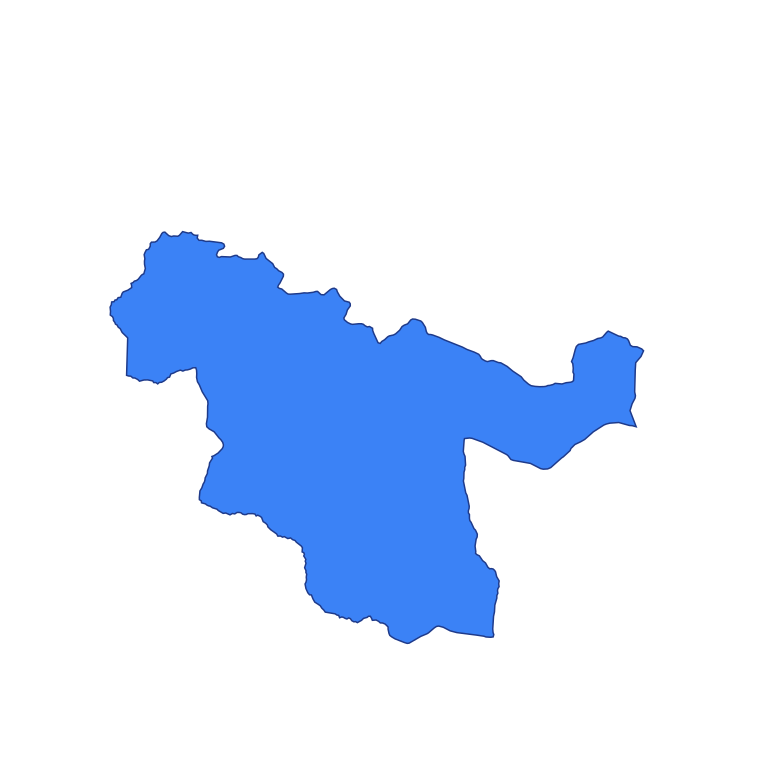 outline of Matungu, Western, Kenya, rotated 228°
{"feature_id": "3690345B16104785008484", "entity_name": "Matungu", "entity_type": "district", "adm_level": 2, "iso_a3": "KEN", "parent_name": "Kenya", "parent_adm1": "Western", "projection": "orthographic", "projection_center": [34.459, 0.384], "detail": "fine", "context": "isolated", "style": "filled", "palette": "blue", "viewbox_px": 768, "rotation_deg": 228, "n_neighbors": 0, "source": "geoboundaries", "source_scale": "gbopen_adm2", "svg_char_len": 6171}
<svg xmlns="http://www.w3.org/2000/svg" viewBox="0 0 768 768"><g transform="rotate(228 384 384)"><path d="M224.5,204.5L223.4,209.1L223.5,212.0L221.8,215.4L221.8,217.0L220.6,218.4L218.6,218.1L216.2,217.2L213.9,220.2L211.2,221.2L208.9,221.4L207.4,223.0L204.9,224.2L202.3,224.4L200.6,224.4L199.1,223.0L195.3,220.8L193.3,220.1L191.0,220.5L187.1,221.7L178.0,226.3L175.7,227.7L174.6,229.3L171.8,242.6L169.6,248.9L169.3,250.5L169.1,258.4L168.7,260.8L167.5,262.7L163.5,265.3L156.3,268.0L150.5,271.8L135.3,284.9L129.7,289.5L127.8,290.5L124.4,293.8L123.0,295.9L124.3,297.9L126.4,298.8L129.2,300.9L138.1,310.0L140.7,313.6L145.5,318.4L149.4,324.6L151.3,326.3L152.3,328.6L154.4,330.0L155.7,331.6L156.4,333.9L158.8,335.6L160.6,337.8L165.4,338.8L169.8,341.2L171.5,341.5L173.5,341.3L174.9,340.3L176.0,338.9L178.3,338.6L183.1,339.7L186.8,339.1L192.5,339.9L194.9,338.9L196.8,338.7L198.2,340.2L202.6,343.2L207.0,348.6L208.0,350.9L210.0,352.9L214.2,354.2L216.3,354.1L223.0,356.2L225.1,356.4L227.0,357.6L229.9,360.2L231.6,360.4L233.3,361.8L234.6,364.0L236.2,365.6L245.7,371.2L248.4,371.9L258.8,378.1L260.4,380.1L265.0,384.5L266.3,386.7L268.1,388.3L269.1,390.3L276.0,395.8L278.5,396.6L280.8,397.8L288.5,405.8L289.6,407.3L286.6,411.5L284.7,413.1L274.6,418.5L249.6,427.9L247.9,428.2L243.0,427.8L240.7,429.0L227.0,439.7L216.3,443.8L214.2,445.3L212.9,446.9L211.4,448.8L210.3,452.0L210.2,466.6L209.9,468.5L210.0,477.8L211.0,479.7L211.3,485.4L209.5,491.4L208.5,496.1L208.4,507.6L206.4,519.9L205.5,522.4L203.8,525.6L198.3,532.7L189.0,538.6L186.9,540.6L183.5,542.8L199.6,549.0L203.3,555.2L205.4,560.9L207.0,563.0L210.4,565.0L226.3,580.1L231.4,585.3L232.5,593.4L235.0,599.1L237.6,599.0L242.3,596.9L245.4,593.8L247.9,593.0L252.7,594.8L254.7,595.0L256.8,594.2L258.4,592.7L261.0,591.8L262.5,590.5L273.3,586.0L273.4,584.1L272.6,577.9L273.3,575.7L274.8,573.3L276.1,568.9L278.4,564.2L279.4,561.5L283.3,555.0L283.2,552.1L281.7,549.3L277.0,542.1L275.2,538.4L272.8,537.9L269.1,535.2L266.4,532.4L264.2,531.7L259.7,527.1L259.8,525.3L260.5,523.8L263.1,520.2L264.9,516.3L270.0,511.6L270.5,509.3L272.1,506.2L273.2,504.8L273.9,502.8L275.0,501.2L277.8,497.9L281.1,494.7L284.3,492.2L287.1,491.3L293.3,490.5L297.6,490.8L307.5,488.3L314.6,487.3L321.5,485.0L323.5,483.3L328.2,480.9L329.7,479.2L331.4,475.9L333.1,474.8L336.6,473.6L338.4,473.6L340.0,474.1L342.7,474.3L347.3,472.4L354.1,468.8L358.9,467.0L376.3,458.4L381.7,456.2L387.8,453.0L389.4,451.9L391.1,450.2L393.2,450.1L394.9,450.7L398.5,452.7L404.1,453.7L406.2,453.5L411.1,450.7L413.2,448.7L413.7,446.7L412.9,441.8L414.2,438.4L414.6,435.9L413.5,431.7L413.5,426.2L414.1,423.8L416.2,420.1L416.6,418.3L416.5,414.1L417.1,410.8L416.7,408.3L418.7,407.2L428.3,410.2L431.3,411.4L433.1,412.8L436.4,411.7L437.6,409.8L440.0,408.9L442.2,408.6L443.7,407.7L445.5,405.8L449.4,400.5L450.9,399.4L454.1,398.1L458.2,397.5L459.9,398.3L461.2,402.5L463.5,406.3L464.6,411.2L466.2,412.6L468.0,412.9L472.2,410.2L478.8,409.9L483.7,411.0L486.0,412.0L488.5,411.1L489.5,409.5L490.1,407.4L490.4,399.1L492.6,397.0L497.2,396.6L498.3,395.4L499.5,392.8L502.8,388.0L505.2,385.6L507.7,381.8L513.5,374.4L514.9,373.0L516.7,372.4L523.0,371.6L525.1,370.2L527.1,369.8L528.2,372.0L528.6,374.1L531.4,381.3L532.9,382.8L535.2,382.8L538.7,381.5L541.5,381.4L543.8,380.7L547.8,381.8L556.2,380.4L561.5,382.0L563.3,381.6L563.7,377.5L562.3,375.3L562.1,373.4L563.3,371.6L570.0,364.1L571.6,362.9L573.8,362.2L576.1,360.9L577.9,360.8L579.2,359.4L581.2,354.8L587.5,348.4L588.2,346.4L590.0,345.3L592.1,346.0L593.5,348.7L594.0,350.7L592.3,355.4L593.0,357.7L595.1,358.6L597.6,357.8L606.9,349.8L609.2,347.0L612.7,344.8L614.5,342.7L617.4,342.8L619.2,345.1L620.2,343.8L621.7,342.6L623.2,342.1L625.7,342.0L627.1,339.5L632.0,336.3L631.4,331.4L631.8,329.6L634.7,326.8L635.9,324.6L638.3,323.3L643.5,322.8L644.5,321.3L644.5,319.6L643.0,315.4L642.2,311.0L642.8,308.7L645.0,306.1L644.7,304.2L642.8,302.5L641.6,299.2L642.7,297.2L641.7,294.5L640.6,292.3L637.1,290.1L635.7,288.3L633.3,286.2L629.5,283.9L626.6,279.2L627.1,277.6L627.1,276.0L626.3,271.6L626.5,269.3L627.5,267.3L627.3,265.5L628.0,263.3L626.3,262.5L624.5,261.0L625.1,256.5L626.9,251.8L626.6,250.1L624.6,246.4L626.1,244.2L625.4,241.7L626.4,240.3L625.8,238.5L627.2,236.5L625.3,234.3L624.4,231.9L620.9,229.3L618.4,226.7L615.7,227.3L613.7,226.7L612.2,225.4L609.9,225.2L608.2,224.5L606.5,225.1L604.0,224.5L601.7,225.0L597.5,223.9L589.8,224.4L562.7,198.5L560.9,199.5L559.2,201.1L556.6,201.4L555.1,202.9L552.1,204.0L549.7,204.2L547.6,208.3L545.1,211.2L541.0,214.2L539.2,213.8L537.6,215.5L535.5,215.9L535.5,218.1L534.1,219.9L533.4,222.7L533.2,225.5L533.6,227.4L532.6,229.2L534.1,232.4L532.9,235.0L532.1,238.3L530.6,241.9L528.2,243.2L527.3,245.7L526.0,247.4L524.7,250.0L523.9,252.8L522.1,255.0L519.8,254.0L516.9,251.7L514.3,249.1L510.5,246.9L507.0,246.2L499.8,243.7L489.5,241.8L487.0,239.9L485.6,238.2L477.4,230.6L473.3,225.4L470.8,223.7L467.6,224.0L462.1,225.8L454.3,225.3L451.9,225.5L448.6,225.1L446.3,224.0L445.1,222.7L444.2,220.6L443.7,214.5L444.5,209.6L445.3,207.6L443.7,207.0L442.1,201.6L440.1,199.3L437.5,194.7L435.7,192.9L433.9,188.3L432.4,186.6L431.3,184.8L430.7,182.7L428.7,179.1L427.7,175.7L423.4,171.0L421.6,169.4L419.4,170.0L417.8,168.9L414.4,171.1L412.5,171.4L411.0,172.0L409.4,173.1L406.8,173.7L402.8,176.1L400.8,176.2L395.5,177.9L394.0,180.1L389.8,182.0L389.2,184.7L387.3,186.2L386.9,188.8L385.6,190.3L384.1,191.5L381.8,191.9L380.2,193.0L379.2,194.3L378.7,196.1L375.5,199.7L373.7,201.1L371.5,200.7L371.0,202.4L368.6,203.4L366.7,203.7L362.6,202.1L359.7,202.9L357.3,203.0L355.5,202.1L351.5,202.3L344.4,203.9L342.0,203.3L340.2,205.4L338.1,206.1L337.3,207.8L333.5,209.1L332.1,211.6L329.6,211.9L327.1,213.2L325.1,213.0L318.9,214.1L316.9,213.8L314.0,210.8L312.4,211.5L310.7,210.9L309.9,209.3L306.0,208.6L305.0,206.9L303.0,206.1L300.6,202.1L297.4,201.1L296.3,199.9L294.4,199.3L292.5,197.0L290.3,195.4L288.9,193.4L288.2,191.5L284.2,189.1L279.8,187.7L277.2,187.6L275.8,188.9L271.8,187.4L268.2,186.6L261.9,188.3L259.2,187.8L256.2,188.0L253.8,187.7L245.9,193.9L243.8,194.4L242.4,195.5L240.0,194.6L239.1,196.8L237.7,197.7L235.8,198.3L234.2,199.2L233.7,201.3L232.1,202.0L229.6,201.7L227.4,202.5L226.4,203.9L224.5,204.5Z" fill="#3b82f6" stroke="#1e3a8a" stroke-width="1.5"/></g></svg>